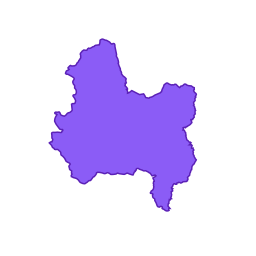 outline of Navakholo, Western, Kenya, rotated 311°
{"feature_id": "3690345B67128862820985", "entity_name": "Navakholo", "entity_type": "district", "adm_level": 2, "iso_a3": "KEN", "parent_name": "Kenya", "parent_adm1": "Western", "projection": "natural_earth1", "projection_center": [34.674, 0.39], "detail": "fine", "context": "isolated", "style": "filled", "palette": "violet", "viewbox_px": 256, "rotation_deg": 311, "n_neighbors": 0, "source": "geoboundaries", "source_scale": "gbopen_adm2", "svg_char_len": 5825}
<svg xmlns="http://www.w3.org/2000/svg" viewBox="0 0 256 256"><g transform="rotate(311 128 128)"><path d="M63.2,100.5L63.3,101.2L62.5,102.3L62.3,103.3L62.6,105.1L63.1,106.8L63.1,107.5L62.8,108.1L60.9,108.3L60.0,108.8L59.6,109.7L58.6,110.9L58.4,111.6L58.7,113.6L56.9,114.9L56.5,116.0L55.0,116.2L54.1,117.2L54.6,118.2L54.6,119.0L55.9,121.7L56.2,122.8L56.2,124.8L55.7,126.6L55.6,127.7L56.1,129.3L56.6,130.6L57.6,132.0L60.5,132.8L62.2,132.9L62.7,133.1L63.4,133.9L64.2,134.2L67.8,133.9L68.5,134.0L69.1,134.4L71.2,134.4L72.9,134.1L73.6,133.6L74.6,134.1L75.8,135.6L77.2,138.0L77.8,139.6L78.3,140.4L79.1,141.0L80.6,141.6L81.0,142.1L81.6,143.8L81.6,145.3L82.1,146.0L83.3,147.3L84.9,148.7L85.5,149.2L86.8,149.5L87.2,149.9L87.8,151.4L90.0,154.8L90.6,155.6L91.3,156.0L93.0,156.7L93.7,157.4L94.2,159.2L95.1,161.3L95.5,162.1L95.9,162.6L98.7,161.7L100.1,162.0L100.5,161.4L101.7,161.8L102.3,161.2L103.3,161.3L103.8,161.8L104.3,162.5L104.4,163.7L105.6,166.6L105.8,167.7L106.6,168.7L107.3,169.3L108.1,172.4L108.1,173.4L108.4,174.1L108.2,175.5L107.7,177.6L109.8,178.9L110.3,179.6L110.2,180.5L109.1,180.4L106.6,179.6L106.1,180.6L105.5,182.2L105.0,182.8L104.4,182.5L102.8,183.4L102.5,184.2L101.2,185.1L100.7,185.9L99.3,186.8L98.4,187.2L97.3,187.3L95.4,186.9L94.7,187.3L93.9,187.3L93.5,187.8L93.9,188.7L94.5,189.5L94.4,190.2L93.1,190.8L92.2,191.9L91.9,192.6L92.0,194.7L90.8,195.9L90.0,198.2L88.4,201.1L88.2,202.1L88.5,202.9L89.0,203.7L90.2,204.0L90.7,204.6L90.9,205.2L90.8,205.9L89.7,206.5L89.7,207.3L90.1,208.1L90.3,210.4L90.6,211.3L91.1,212.0L92.1,212.8L92.8,213.0L93.1,212.3L93.5,211.9L94.3,211.6L94.8,212.3L95.3,209.4L97.2,208.1L98.0,208.3L98.5,207.7L101.2,206.1L101.5,207.0L102.5,206.7L103.2,207.2L103.4,206.0L104.8,205.6L106.5,204.5L107.0,203.6L107.7,203.2L108.2,202.4L108.9,202.5L109.6,203.0L110.2,202.6L110.6,201.9L110.8,201.0L111.5,201.4L111.4,200.6L111.6,199.9L112.4,200.0L113.4,199.9L114.1,199.4L116.1,199.3L116.6,199.8L116.7,200.7L117.5,201.6L118.2,201.0L118.8,201.1L119.3,201.7L120.0,201.7L120.9,202.9L121.0,203.8L121.6,204.3L123.0,204.8L123.6,204.8L125.8,207.1L127.2,207.5L127.7,207.0L128.7,206.9L129.8,205.3L132.8,205.5L134.4,204.4L135.4,204.2L137.5,203.2L138.3,203.4L140.9,201.5L143.5,201.2L144.3,201.5L145.7,201.0L148.2,200.6L148.8,200.4L149.0,198.7L149.4,198.1L149.6,197.2L150.0,196.4L150.6,195.8L150.7,194.9L151.3,194.0L152.4,193.4L152.8,192.5L153.4,192.1L154.2,192.3L154.8,191.8L155.0,190.6L155.5,190.3L154.5,189.2L155.9,188.1L156.7,188.1L157.0,187.2L157.0,186.4L156.4,186.5L155.6,185.4L156.4,185.6L157.6,184.9L158.2,185.1L158.2,184.3L157.6,183.9L157.6,182.9L157.8,181.8L157.7,180.1L159.4,177.7L159.9,176.6L160.6,176.6L161.2,175.7L162.4,174.4L162.4,173.5L163.2,172.1L162.5,170.8L163.3,170.7L164.4,169.4L165.5,170.1L165.7,171.1L166.4,171.3L167.2,171.0L168.1,171.8L168.8,171.8L170.8,172.5L172.1,172.7L172.9,172.5L173.5,172.7L174.2,172.5L175.0,170.7L175.6,170.0L176.2,170.8L176.7,171.2L177.3,170.7L177.9,171.1L178.6,170.8L179.6,170.9L180.8,169.4L182.8,169.5L183.2,168.8L185.1,167.3L185.7,167.4L185.9,166.6L186.6,166.0L186.7,165.2L187.5,164.7L187.9,163.6L188.1,162.6L188.9,162.6L189.4,161.7L190.5,160.6L191.3,160.7L192.8,160.6L194.2,159.0L195.2,159.1L195.9,158.9L196.0,158.1L198.0,157.7L198.6,156.8L198.6,154.7L199.1,153.1L199.8,152.7L200.4,152.9L201.9,151.5L201.4,150.0L201.3,148.2L199.5,145.6L199.0,144.0L199.0,143.0L198.5,142.1L197.8,141.7L195.7,141.5L194.2,140.4L192.4,140.5L192.2,138.9L192.4,136.5L192.4,135.4L191.7,134.6L190.9,134.4L190.4,134.1L189.8,133.2L189.1,132.7L188.2,130.6L187.9,128.6L187.6,128.0L187.0,127.5L184.3,126.9L181.4,128.1L180.7,128.0L180.0,128.4L179.2,128.6L177.3,129.5L176.6,129.2L175.8,129.3L170.5,126.7L168.2,126.1L167.5,125.7L166.8,125.5L165.6,124.5L164.2,124.2L162.6,121.3L163.5,119.3L164.0,117.4L160.8,114.8L158.7,106.3L155.6,105.7L154.0,104.8L155.2,103.9L155.9,102.6L156.1,101.6L156.8,102.2L157.5,101.6L157.9,99.6L157.9,98.0L158.6,97.8L159.8,96.6L160.2,97.1L161.0,97.1L161.4,96.3L162.8,94.7L163.5,94.6L164.0,94.2L164.2,92.0L164.0,90.5L164.5,87.7L165.5,86.8L166.2,85.5L166.4,84.6L167.7,83.3L169.4,79.7L170.1,78.9L170.4,78.1L171.1,78.0L172.1,76.9L173.5,74.8L174.6,72.0L175.3,71.6L176.0,71.1L180.9,64.7L181.6,64.1L182.3,63.3L182.6,62.5L182.4,61.8L181.9,61.3L181.3,61.1L180.7,60.6L180.5,59.7L180.8,57.8L180.1,54.3L179.4,53.2L178.6,50.8L178.1,50.1L176.3,49.3L175.6,49.5L174.3,50.6L172.0,51.8L169.2,49.3L168.2,48.9L167.3,48.9L165.9,48.0L165.3,47.9L163.6,47.3L162.9,46.8L162.5,45.9L161.3,45.6L159.8,45.9L159.1,45.4L157.9,43.5L155.9,43.0L155.4,43.1L153.3,43.1L152.4,43.5L151.9,44.5L150.0,46.2L149.2,46.5L148.5,46.4L147.6,46.7L146.8,46.6L146.1,46.9L145.0,47.1L143.4,46.9L142.4,47.3L141.3,47.4L139.9,46.9L138.1,45.1L137.7,44.5L137.6,43.7L136.8,43.3L134.1,43.2L133.7,43.8L133.6,45.1L132.7,44.9L130.7,44.1L130.1,44.2L128.3,44.9L128.1,45.8L128.4,46.6L128.9,47.0L129.2,47.8L130.1,52.0L130.3,53.8L130.1,54.8L129.6,55.3L127.2,55.7L126.4,56.2L125.4,57.8L125.0,59.8L124.5,60.4L123.2,61.4L122.8,63.3L122.3,64.3L121.1,65.6L119.6,66.3L118.8,66.3L118.0,65.9L117.3,65.2L116.6,65.1L116.0,65.6L115.4,68.1L114.6,69.9L114.1,70.7L113.5,71.0L112.0,71.7L111.0,71.3L110.4,70.5L109.8,70.0L108.9,69.8L105.4,73.6L104.9,74.1L104.1,74.3L102.5,74.1L101.6,73.9L100.2,72.9L99.2,72.6L98.3,72.6L97.6,72.7L95.3,72.3L94.8,71.5L93.9,69.4L93.9,68.5L94.9,66.4L94.9,65.4L93.9,64.7L92.4,62.9L91.6,62.7L91.1,63.1L91.0,63.9L91.5,64.7L91.5,65.6L88.8,66.1L87.2,66.7L85.7,67.6L84.9,68.3L83.7,71.2L82.5,76.5L82.4,77.3L82.7,78.1L83.2,78.9L83.8,79.4L83.7,80.2L82.9,80.5L82.1,80.3L81.4,80.7L80.7,80.5L78.6,77.5L76.8,75.8L75.6,74.3L74.9,73.8L74.2,73.7L73.6,74.1L72.6,75.3L70.5,77.2L70.3,78.2L69.8,78.9L67.6,79.7L67.2,79.1L66.5,78.7L65.1,78.4L64.8,81.6L63.8,83.8L64.1,85.6L63.7,86.5L64.3,87.6L65.4,88.6L65.7,89.2L65.7,92.1L65.5,93.1L63.9,94.9L63.7,95.6L63.9,97.0L63.7,98.9L63.6,99.8L63.2,100.5Z" fill="#8b5cf6" stroke="#5b21b6" stroke-width="1.5"/></g></svg>